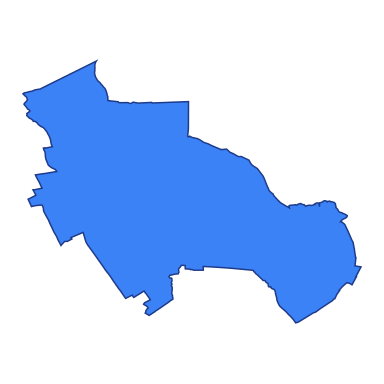 the district of Tatarusi, Suceava, Romania
{"feature_id": "2599482B10638600477731", "entity_name": "Tatarusi", "entity_type": "district", "adm_level": 2, "iso_a3": "ROU", "parent_name": "Romania", "parent_adm1": "Suceava", "projection": "robinson", "projection_center": [26.571, 47.355], "detail": "fine", "context": "isolated", "style": "filled", "palette": "blue", "viewbox_px": 384, "rotation_deg": 0, "n_neighbors": 0, "source": "geoboundaries", "source_scale": "gbopen_adm2", "svg_char_len": 5906}
<svg xmlns="http://www.w3.org/2000/svg" viewBox="0 0 384 384"><path d="M96.3,61.1L41.1,88.5L40.5,89.0L37.7,89.4L34.9,89.9L31.7,91.3L29.6,91.5L28.3,92.0L27.3,92.3L24.4,92.8L23.0,93.8L23.3,94.1L23.7,94.7L24.3,95.0L25.2,96.1L26.0,96.5L26.7,97.5L27.4,99.7L27.3,100.0L26.8,100.7L25.8,102.0L25.3,102.4L24.5,103.3L24.0,104.1L24.0,104.3L26.1,106.8L27.8,109.2L29.2,110.0L29.5,110.3L29.9,111.1L29.9,111.3L26.8,113.5L27.1,114.3L26.7,115.5L28.3,117.1L29.5,118.2L29.9,118.4L31.7,119.3L32.4,120.0L32.9,120.2L33.0,121.0L33.5,121.4L34.3,121.1L34.8,121.4L35.3,121.5L35.7,121.9L36.2,121.9L36.6,122.3L38.4,124.6L40.8,126.4L43.1,127.5L44.3,128.5L45.7,130.4L47.0,132.0L47.6,133.5L48.8,135.4L50.4,139.3L50.8,141.7L51.3,144.2L52.0,146.0L52.1,146.4L52.3,146.7L45.2,148.2L45.1,147.8L43.4,148.1L43.8,149.7L45.0,152.0L45.4,155.3L45.4,156.6L45.7,158.4L46.0,159.5L47.3,162.7L48.1,164.7L48.6,165.4L51.2,167.5L55.5,169.6L56.7,171.5L44.9,173.5L42.2,173.8L35.4,174.9L36.6,177.5L39.2,182.2L42.0,188.2L34.8,189.7L33.0,189.8L34.2,192.0L35.9,195.3L28.1,199.2L31.5,206.6L33.2,206.1L35.9,205.6L39.5,205.2L42.1,205.1L43.0,207.1L43.5,208.9L43.4,209.8L43.5,210.4L43.9,211.6L45.2,214.1L45.8,215.3L48.9,220.8L48.9,221.1L49.1,221.6L51.0,225.8L51.3,226.3L53.3,230.7L54.5,233.0L56.2,235.8L57.2,237.8L57.7,239.2L58.8,241.4L59.9,243.2L60.2,244.0L61.0,245.5L61.8,244.5L64.7,241.4L67.4,241.4L71.9,239.0L70.9,237.6L83.1,232.4L84.0,235.3L85.4,240.3L86.2,242.5L88.2,245.8L89.2,247.0L89.9,248.1L90.4,248.7L95.3,255.5L104.1,268.0L104.8,269.2L105.8,270.5L107.5,272.8L107.8,272.9L111.1,277.5L112.0,279.0L113.9,281.8L115.1,283.4L115.8,284.5L117.6,287.1L119.0,289.1L119.9,290.1L125.6,298.4L132.2,295.1L133.3,297.0L133.8,297.4L144.1,291.0L144.6,291.6L144.9,292.1L145.1,292.8L146.1,293.6L149.9,299.2L150.3,299.8L144.8,302.6L143.8,303.8L143.6,304.3L146.8,306.2L148.2,307.9L146.9,309.2L146.3,310.0L145.9,310.8L145.6,312.5L145.2,313.1L149.2,315.4L155.0,311.6L155.6,311.0L157.4,309.9L167.6,302.9L170.5,300.7L172.9,299.2L172.9,298.0L172.5,296.8L172.6,296.0L172.5,295.4L171.9,294.3L171.8,293.2L171.9,291.4L172.2,290.3L172.2,287.3L172.0,286.8L171.4,286.0L171.3,285.6L171.3,285.3L171.9,284.8L172.0,284.5L171.9,283.9L171.4,283.1L171.5,282.5L171.8,281.4L172.0,280.9L171.8,278.3L171.5,278.1L170.0,278.0L169.3,277.6L169.1,276.3L169.6,275.6L170.2,275.1L170.9,275.2L174.5,274.2L178.2,273.8L178.4,273.1L178.9,272.5L178.6,269.4L178.7,268.6L180.1,267.3L180.6,266.6L180.8,266.1L181.1,265.9L181.5,265.4L182.0,265.2L185.2,265.6L185.2,267.3L185.3,268.9L189.9,269.1L190.2,269.6L192.2,269.6L193.6,270.2L197.1,270.2L203.3,270.2L203.2,266.5L205.9,266.6L215.0,267.1L229.6,268.1L253.2,270.3L253.8,271.6L254.0,271.8L254.5,272.0L254.9,272.2L255.5,273.5L256.1,273.9L256.5,274.1L262.0,279.3L262.6,280.1L263.4,280.5L264.6,280.5L265.3,280.9L265.6,281.8L266.3,282.5L267.8,283.5L268.0,283.8L268.4,286.2L268.8,286.8L269.0,286.9L270.8,286.9L271.1,287.0L271.2,287.3L271.1,287.8L271.6,288.3L272.5,288.9L273.4,289.0L274.8,290.2L275.4,292.2L275.4,293.0L276.7,298.1L276.8,298.6L276.9,300.0L277.9,302.7L278.7,304.3L279.1,304.8L279.2,305.3L280.3,306.7L286.0,311.7L288.8,314.8L290.7,316.5L293.4,319.6L295.7,322.9L298.3,322.1L311.7,313.9L313.0,313.0L315.0,312.3L316.1,311.8L320.1,308.8L324.6,305.8L332.5,300.6L334.0,298.9L334.8,298.8L336.8,294.5L339.6,290.5L339.2,290.2L342.6,286.4L346.8,282.7L348.0,283.1L348.9,283.0L349.7,283.5L351.5,284.4L352.0,284.8L356.3,276.9L355.8,276.9L361.0,266.9L355.0,265.9L355.9,257.6L355.6,257.6L354.6,251.2L354.5,250.0L353.1,242.4L351.8,240.0L348.3,231.9L344.9,224.6L344.2,223.9L341.5,221.7L341.1,221.5L340.7,221.6L341.4,220.6L342.4,219.7L343.5,219.0L345.5,218.1L346.2,217.6L347.1,216.6L347.2,215.5L344.9,214.2L343.2,213.5L341.6,212.6L339.9,212.4L338.7,211.4L338.1,210.2L337.6,209.3L336.8,208.4L335.8,207.4L335.8,207.2L336.0,206.8L336.0,206.5L335.4,204.6L335.5,204.0L335.3,203.6L334.5,202.8L333.7,202.2L332.8,202.1L332.0,201.8L331.1,201.8L330.5,201.6L329.8,201.1L327.8,201.4L327.6,201.4L327.4,201.9L327.2,202.0L326.6,201.4L325.7,200.8L324.3,200.8L323.5,201.1L321.6,202.4L321.3,202.5L319.9,202.7L319.6,202.8L319.4,203.1L319.3,203.5L319.5,204.6L319.7,205.2L319.5,205.9L319.3,205.9L319.3,205.1L319.0,203.9L318.8,203.5L318.5,203.1L317.3,202.9L316.6,203.0L314.9,203.8L314.9,204.4L314.4,204.2L313.4,204.9L312.6,205.3L311.6,205.4L310.3,205.3L309.5,205.2L308.5,205.3L306.7,205.7L305.6,206.3L304.2,204.7L303.3,204.7L302.8,204.6L301.4,203.9L300.8,203.5L298.7,204.0L297.8,204.3L297.1,205.0L296.5,205.2L295.7,204.7L294.6,204.9L291.4,205.2L290.0,205.3L289.5,205.5L289.1,205.8L288.8,206.2L288.8,206.5L289.2,207.1L289.4,207.9L287.7,206.8L286.4,206.3L281.1,203.1L279.9,202.2L279.2,201.3L278.6,200.9L274.4,196.4L274.0,195.9L273.6,195.2L273.1,194.0L272.6,193.5L271.5,193.0L270.8,192.2L269.1,190.6L268.5,188.8L267.1,185.9L263.8,177.5L262.8,175.7L259.0,170.8L258.7,170.3L257.4,168.6L253.3,166.0L251.7,164.7L250.6,163.2L249.7,161.5L249.1,160.5L249.0,160.2L246.6,159.0L243.6,157.7L241.6,156.6L240.5,156.5L240.1,156.6L239.0,156.6L238.2,156.5L233.7,153.9L231.3,152.8L230.3,152.5L228.5,150.9L227.3,149.7L226.4,149.1L224.2,149.3L223.4,149.5L223.2,149.4L222.6,149.6L221.9,149.4L221.4,149.7L211.7,145.6L207.9,143.7L205.5,143.0L204.5,142.7L202.7,141.7L200.0,139.9L197.9,138.8L196.5,138.4L195.2,138.2L194.0,137.8L193.0,137.7L192.0,137.4L190.4,136.5L189.6,136.2L189.2,136.4L188.9,136.9L188.3,136.9L187.8,136.5L187.7,136.2L187.7,135.8L188.4,128.7L188.5,101.6L152.1,103.0L151.7,102.4L138.2,103.1L133.9,102.3L133.0,102.2L131.3,103.3L130.7,103.5L130.1,103.4L128.5,102.9L127.8,102.6L120.1,102.7L119.0,102.6L118.6,102.3L118.4,101.9L117.9,101.7L107.9,100.6L108.0,99.6L107.8,99.0L107.8,96.7L107.7,96.3L107.2,95.4L107.1,94.2L106.7,93.1L106.5,92.1L105.6,89.7L104.8,88.3L103.5,87.0L101.9,84.9L101.0,84.1L100.5,83.2L99.4,82.1L98.4,81.4L97.4,80.2L95.6,77.1L95.2,75.8L94.6,73.5L94.6,72.5L94.9,70.3L94.8,68.8L95.0,68.0L94.9,67.6L94.8,66.1L95.0,64.2L95.6,62.2L96.3,61.1Z" fill="#3b82f6" stroke="#1e3a8a" stroke-width="1.5"/></svg>